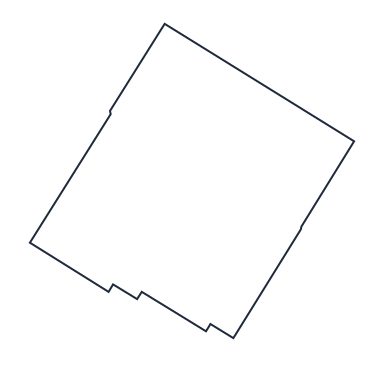 Boone, Nebraska, United States of America (Robinson projection), rotated 32°
{"feature_id": "52423323B18461908563123", "entity_name": "Boone", "entity_type": "district", "adm_level": 2, "iso_a3": "USA", "parent_name": "United States of America", "parent_adm1": "Nebraska", "projection": "robinson", "projection_center": [-98.057, 41.699], "detail": "fine", "context": "isolated", "style": "outline", "palette": "slate", "viewbox_px": 384, "rotation_deg": 32, "n_neighbors": 0, "source": "geoboundaries", "source_scale": "gbopen_adm2", "svg_char_len": 337}
<svg xmlns="http://www.w3.org/2000/svg" viewBox="0 0 384 384"><g transform="rotate(32 192 192)"><path d="M79.7,63.9L79.5,166.7L81.8,169.1L81.4,320.9L174.2,320.9L174.0,312.2L202.2,311.9L202.3,303.3L277.7,302.7L277.6,294.2L304.5,294.0L304.1,166.1L303.1,163.2L302.6,63.1L79.7,63.9Z" fill="none" stroke="#1e293b" stroke-width="2"/></g></svg>